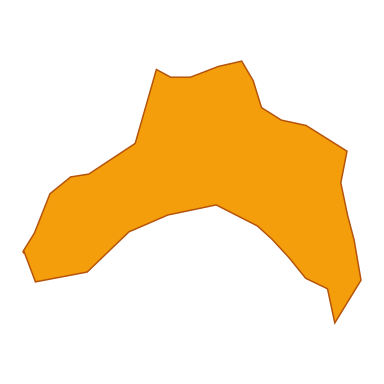 Dongnae-gu, Busan, South Korea (Equal Earth projection)
{"feature_id": "91817680B12008242239928", "entity_name": "Dongnae-gu", "entity_type": "district", "adm_level": 2, "iso_a3": "KOR", "parent_name": "South Korea", "parent_adm1": "Busan", "projection": "equal_earth", "projection_center": [129.073, 35.197], "detail": "fine", "context": "isolated", "style": "filled", "palette": "amber", "viewbox_px": 384, "rotation_deg": 0, "n_neighbors": 0, "source": "geoboundaries", "source_scale": "gbopen_adm2", "svg_char_len": 548}
<svg xmlns="http://www.w3.org/2000/svg" viewBox="0 0 384 384"><path d="M347.0,151.2L306.1,125.5L281.3,120.1L261.5,107.6L253.2,80.7L241.7,61.1L218.5,66.4L190.4,77.2L170.6,77.2L156.4,69.5L135.2,143.4L88.7,174.1L70.7,176.9L50.0,193.7L34.5,232.9L23.0,251.5L23.4,252.5L24.0,251.5L35.3,281.5L35.4,281.9L87.2,272.0L129.0,231.8L167.8,215.0L216.1,204.9L257.3,225.9L271.8,239.0L288.8,257.4L305.7,278.3L327.5,288.8L334.3,320.6L334.8,322.9L361.0,280.2L354.1,240.0L347.5,215.0L340.8,182.8L347.0,151.2Z" fill="#f59e0b" stroke="#b45309" stroke-width="1.5"/></svg>